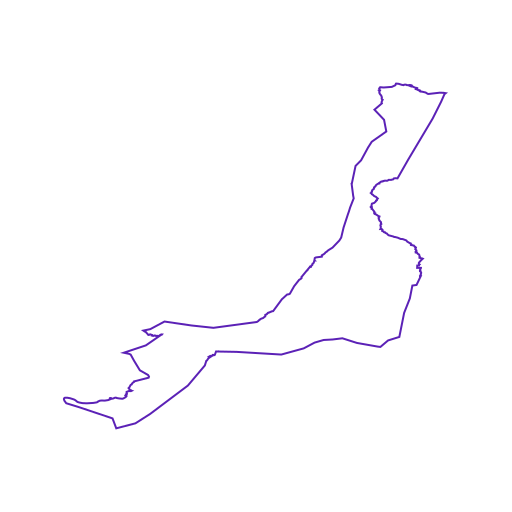 the district of Sør-Fron nor, Oppland, Norway, rotated 353°
{"feature_id": "86288312B86605767458860", "entity_name": "Sør-Fron nor", "entity_type": "district", "adm_level": 2, "iso_a3": "NOR", "parent_name": "Norway", "parent_adm1": "Oppland", "projection": "equal_earth", "projection_center": [9.78, 61.603], "detail": "fine", "context": "isolated", "style": "outline", "palette": "violet", "viewbox_px": 512, "rotation_deg": 353, "n_neighbors": 0, "source": "geoboundaries", "source_scale": "gbopen_adm2", "svg_char_len": 6019}
<svg xmlns="http://www.w3.org/2000/svg" viewBox="0 0 512 512"><g transform="rotate(353 256 256)"><path d="M368.4,361.4L376.8,355.9L388.4,353.8L396.1,330.5L403.5,316.9L407.6,304.4L411.8,304.3L416.9,296.3L416.3,296.3L416.3,295.8L417.3,294.6L417.4,294.3L417.3,294.0L417.8,293.2L417.9,292.5L417.4,291.3L417.4,291.0L416.9,291.0L416.9,290.5L417.1,290.1L417.3,289.3L418.0,288.6L418.2,287.9L414.5,287.4L414.9,285.1L416.6,285.2L416.6,284.7L417.3,284.3L416.9,283.9L416.7,283.2L416.7,282.9L417.1,282.3L419.4,280.3L421.2,279.0L420.7,278.7L419.3,278.3L418.0,277.7L418.1,277.3L418.6,276.9L418.2,276.1L418.3,275.9L418.1,274.5L416.8,273.5L416.6,273.1L416.4,272.9L416.3,272.3L414.9,272.0L414.9,271.2L415.9,270.4L415.9,269.9L414.9,268.6L415.7,267.4L415.8,267.1L415.0,266.6L415.0,266.2L414.5,265.9L414.0,264.9L411.3,264.0L411.6,263.4L411.0,262.9L411.1,262.4L410.0,261.8L407.8,260.1L407.2,259.0L406.8,258.7L403.7,257.1L401.6,256.7L398.9,255.1L396.1,254.0L395.5,254.0L394.7,253.4L390.2,251.6L389.3,250.7L388.7,249.7L387.3,248.9L387.1,248.3L386.0,248.0L385.8,247.8L385.6,247.2L384.3,246.6L384.3,246.1L384.7,245.4L384.1,244.8L384.0,244.5L382.8,244.4L383.2,243.8L383.2,243.2L383.5,242.1L383.3,241.7L383.4,241.0L383.2,240.6L383.5,240.1L384.3,239.5L383.9,238.8L384.1,238.5L384.2,237.7L383.0,236.1L383.0,235.9L382.7,235.5L382.6,234.4L382.3,234.0L382.3,233.7L382.5,233.4L382.4,233.0L382.5,232.3L383.3,232.1L383.4,231.8L382.4,231.3L380.5,229.6L379.1,228.8L379.4,228.1L378.6,227.9L378.7,227.4L378.6,226.9L378.9,226.5L378.6,225.9L378.3,225.6L377.4,224.0L376.5,223.3L377.0,222.6L376.9,222.1L375.9,221.6L375.8,221.4L376.9,220.7L376.7,220.2L377.4,218.2L377.6,218.1L379.5,217.8L380.1,217.5L381.7,216.3L381.9,215.6L382.8,215.4L383.2,214.3L383.9,213.8L383.6,213.4L382.8,212.7L382.7,212.4L382.4,212.0L380.6,210.9L379.2,209.2L378.5,208.8L378.3,208.1L377.7,207.5L378.5,207.0L378.6,206.4L379.0,206.2L379.0,205.7L379.3,204.9L380.0,204.4L380.8,204.1L381.1,203.8L381.1,203.4L381.5,203.0L381.5,202.3L382.0,202.0L382.7,201.7L382.9,201.3L383.3,201.1L383.4,200.7L383.9,200.2L385.7,199.2L386.9,199.1L386.8,198.8L386.9,198.6L388.4,198.1L388.5,197.7L389.3,197.4L389.7,197.3L390.3,197.5L390.7,197.3L391.4,197.3L391.6,197.0L392.3,197.1L393.1,196.9L395.3,197.3L396.3,197.0L396.9,196.6L399.6,196.9L400.2,196.7L401.1,196.8L401.8,196.4L402.1,195.9L402.3,195.8L404.0,195.8L405.9,196.2L418.8,178.9L448.1,141.1L458.5,125.5L462.8,118.3L464.1,117.5L462.1,116.9L458.3,116.3L447.0,116.2L446.1,115.9L444.3,114.4L443.5,114.1L440.5,113.0L439.8,113.0L439.4,112.8L439.6,112.7L439.1,112.0L438.7,111.8L438.7,111.5L438.5,111.4L437.4,111.1L436.5,110.7L436.3,110.3L435.2,109.9L435.6,109.5L436.5,109.3L436.6,109.1L436.4,108.9L434.2,108.2L432.4,107.0L430.8,106.7L430.1,106.3L431.5,106.0L431.5,105.8L431.1,105.5L429.6,105.0L427.9,105.0L426.6,104.8L425.7,104.2L425.1,104.1L424.0,104.0L423.3,104.4L421.4,103.8L418.6,102.5L416.5,102.0L415.9,102.0L415.1,103.5L411.4,104.7L403.2,104.3L399.8,103.6L399.1,104.3L398.8,104.6L399.1,104.9L399.0,105.4L398.7,106.1L398.2,106.4L398.7,106.9L399.1,107.0L398.3,108.1L398.3,108.5L398.5,109.0L398.4,109.5L399.0,110.8L399.8,111.9L400.0,112.6L400.0,113.2L400.3,113.7L399.9,115.2L400.0,115.6L400.7,116.3L400.3,116.7L400.3,117.1L399.9,117.5L399.3,118.8L399.6,119.8L391.4,125.2L399.7,136.4L400.5,148.3L384.8,156.7L380.5,161.9L372.0,173.8L365.8,178.7L360.0,195.6L359.9,196.0L359.7,196.0L359.8,208.0L360.0,210.7L355.3,219.4L353.7,223.0L352.4,225.6L346.4,238.4L342.8,248.1L340.6,250.8L333.0,257.0L328.7,259.0L327.5,259.7L327.0,260.2L325.3,261.0L324.7,261.7L323.4,262.5L321.9,263.1L321.8,263.5L321.4,263.5L321.2,264.7L316.0,264.7L314.9,264.8L314.1,265.2L313.4,267.5L313.6,267.7L313.3,267.7L312.5,269.7L311.6,270.4L311.2,270.5L310.9,271.1L310.9,271.6L310.6,271.9L309.6,272.4L309.4,273.3L309.2,273.5L308.4,273.3L308.4,273.6L307.6,273.9L305.2,276.2L305.3,276.4L305.1,276.6L304.5,276.8L298.5,282.5L298.6,282.9L298.6,283.4L297.6,284.2L295.9,284.9L290.2,290.6L285.0,297.6L283.9,298.0L282.2,298.0L276.4,302.1L266.3,312.8L264.4,312.9L263.9,313.3L263.2,313.3L262.5,313.7L261.4,313.7L261.1,314.0L260.7,314.0L260.0,314.8L259.6,314.9L259.2,315.3L258.1,315.5L257.8,317.1L257.2,317.3L255.6,318.4L253.4,318.9L252.1,319.5L251.8,319.9L251.1,320.1L250.3,320.9L249.7,321.1L249.3,321.4L248.7,321.6L205.0,322.1L183.5,317.1L157.2,309.9L142.2,315.7L135.1,316.3L136.2,317.3L137.7,318.3L137.8,318.7L139.1,320.5L139.2,320.9L139.8,321.3L140.2,321.3L141.1,320.9L141.9,321.0L142.7,321.6L143.4,321.8L143.5,322.1L143.2,322.4L143.9,322.7L144.9,322.8L145.3,322.5L145.7,322.5L146.4,322.7L146.8,323.1L148.8,323.3L149.4,323.7L150.5,323.2L151.4,322.6L152.6,322.3L153.1,322.4L152.9,322.6L152.4,322.6L135.8,331.3L113.0,335.9L118.2,337.7L119.6,338.6L122.2,345.1L126.8,355.3L134.4,361.0L135.1,362.7L134.6,363.7L119.8,365.6L119.8,365.9L119.7,366.1L118.7,366.5L117.4,367.5L117.0,368.3L116.0,368.6L115.7,368.9L114.4,370.8L113.4,371.6L113.6,372.0L114.3,372.9L114.3,373.2L115.0,373.8L115.7,374.1L115.8,374.4L116.2,374.6L115.3,374.9L114.8,374.7L114.0,374.7L113.4,374.5L111.0,375.1L110.9,375.7L111.1,376.8L110.4,377.2L110.8,377.6L110.8,377.9L109.9,378.2L109.4,378.5L110.2,379.5L109.4,380.2L107.1,381.2L105.9,381.4L102.8,380.7L100.5,380.0L99.7,379.5L98.6,379.5L97.0,380.0L95.9,380.1L95.3,379.9L94.9,379.4L94.0,379.2L93.6,379.3L93.5,379.5L93.5,379.9L93.3,380.2L93.6,380.5L91.7,381.0L88.5,381.1L84.7,380.6L83.3,380.6L81.4,381.2L81.3,381.4L80.4,381.8L79.6,381.9L76.6,382.0L70.2,381.6L65.9,380.9L62.8,379.9L61.0,379.1L59.1,377.1L57.8,376.2L54.1,374.5L51.5,373.7L49.3,373.4L48.7,373.5L48.3,373.8L48.0,374.2L47.9,374.8L48.2,376.3L49.7,379.0L61.1,384.1L93.8,399.7L96.3,410.0L115.9,407.4L131.6,399.9L172.6,376.3L191.9,358.4L193.9,354.0L194.6,353.7L196.3,351.7L198.1,350.8L197.1,350.2L198.4,349.6L199.4,349.6L199.9,349.8L200.9,349.6L201.0,349.3L200.9,349.1L201.0,348.9L202.3,349.1L202.8,349.3L203.2,348.9L204.7,345.9L206.9,346.2L207.1,346.1L207.5,346.3L225.1,348.8L269.1,356.9L292.1,353.5L303.6,349.1L312.9,347.6L321.9,348.2L331.7,348.2L345.6,354.6L365.9,360.8L368.4,361.4Z" fill="none" stroke="#5b21b6" stroke-width="2"/></g></svg>